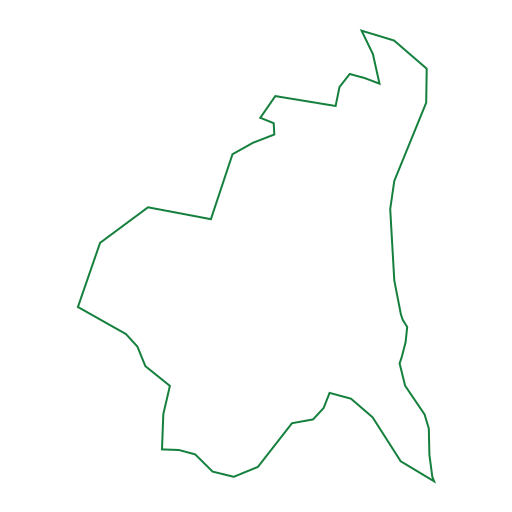 outline of Rezina
{"feature_id": "MDA-1644", "entity_name": "Rezina", "entity_type": "District", "adm_level": 1, "iso_a3": "MDA", "parent_name": "Moldova", "parent_adm1": "", "projection": "mercator", "projection_center": [28.881, 47.706], "detail": "fine", "context": "isolated", "style": "outline", "palette": "green", "viewbox_px": 512, "rotation_deg": 0, "n_neighbors": 0, "source": "natural_earth", "source_scale": "10m", "svg_char_len": 787}
<svg xmlns="http://www.w3.org/2000/svg" viewBox="0 0 512 512"><path d="M162.0,449.4L163.3,414.2L169.9,385.9L145.4,366.2L137.4,346.6L126.0,334.1L77.9,307.0L100.1,242.8L148.0,207.3L210.9,219.2L232.5,154.2L252.9,142.8L274.3,134.5L273.7,123.2L260.3,117.8L275.3,96.1L335.6,106.0L339.5,87.0L349.7,74.0L364.8,78.1L379.5,83.7L372.9,54.1L361.7,30.9L361.6,30.7L394.3,40.6L394.5,40.9L426.7,68.7L426.2,102.7L394.3,180.9L390.2,209.1L394.3,280.5L400.9,314.4L402.8,320.0L407.2,327.0L405.6,342.2L401.7,357.2L399.6,363.4L405.1,385.7L424.6,414.5L428.8,428.5L429.4,454.9L432.3,476.7L434.1,481.3L400.7,461.3L372.6,417.3L351.0,398.7L329.6,392.9L323.6,408.0L313.1,419.4L292.0,423.2L257.9,466.9L233.7,476.8L212.6,471.6L195.2,454.4L178.9,450.0L162.0,449.4Z" fill="none" stroke="#15803d" stroke-width="2"/></svg>